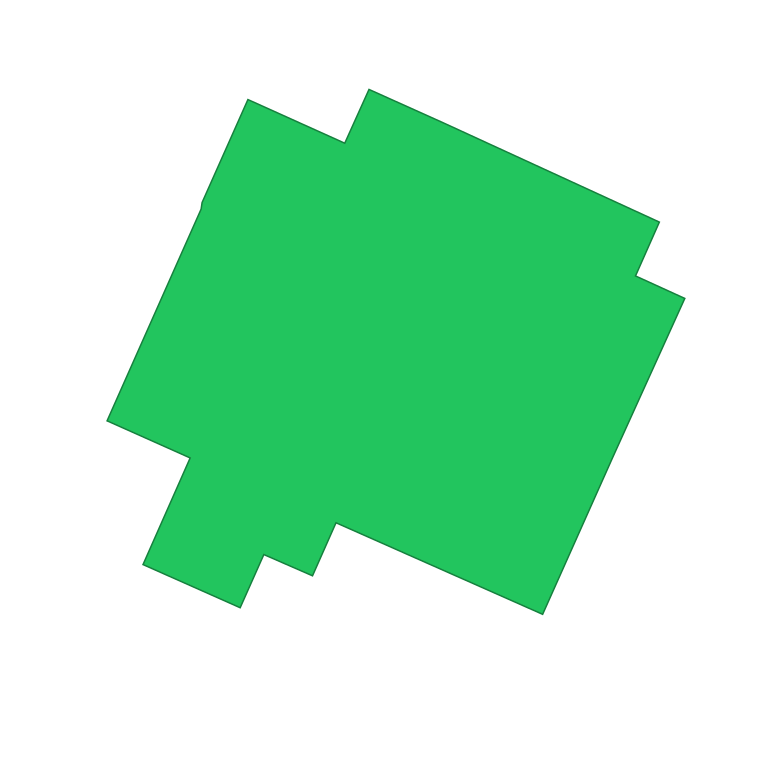 De Baca, New Mexico, United States of America (Equal Earth projection), rotated 204°
{"feature_id": "52423323B76308023983940", "entity_name": "De Baca", "entity_type": "district", "adm_level": 2, "iso_a3": "USA", "parent_name": "United States of America", "parent_adm1": "New Mexico", "projection": "equal_earth", "projection_center": [-104.389, 34.387], "detail": "fine", "context": "isolated", "style": "filled", "palette": "green", "viewbox_px": 768, "rotation_deg": 204, "n_neighbors": 0, "source": "geoboundaries", "source_scale": "gbopen_adm2", "svg_char_len": 399}
<svg xmlns="http://www.w3.org/2000/svg" viewBox="0 0 768 768"><g transform="rotate(204 384 384)"><path d="M145.2,410.7L144.0,584.5L198.2,585.0L198.3,643.9L435.8,646.7L517.5,647.0L517.8,588.0L624.0,588.5L624.0,475.8L622.2,469.4L622.0,237.7L531.0,237.6L530.7,121.0L424.4,121.1L424.4,179.3L371.3,179.7L371.4,237.7L145.4,238.1L145.2,410.7Z" fill="#22c55e" stroke="#15803d" stroke-width="1.5"/></g></svg>